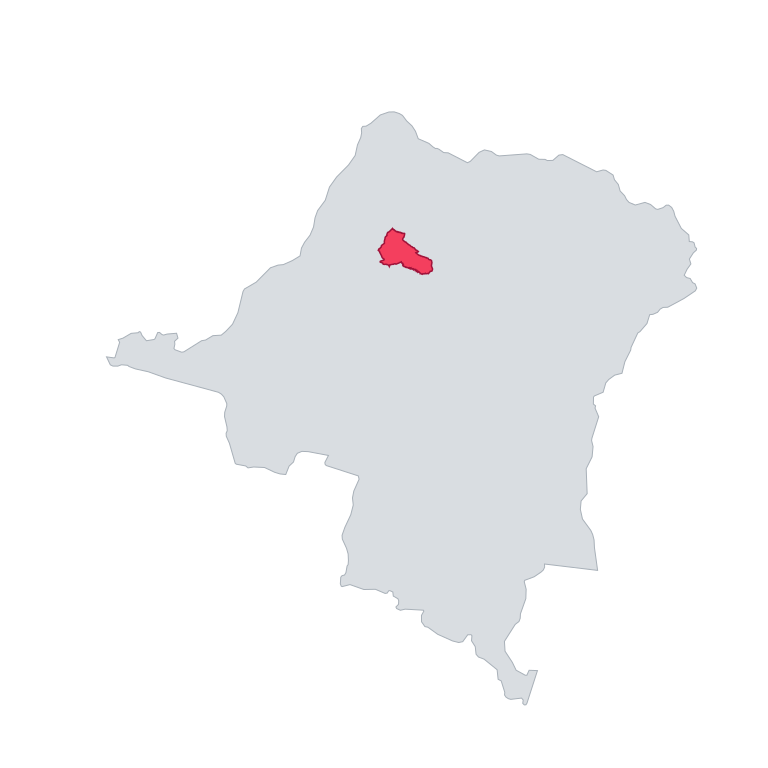 Befale, Équateur, Democratic Republic of the Congo (highlighted), rotated 16°
{"feature_id": "63176286B4133354906354", "entity_name": "Befale", "entity_type": "district", "adm_level": 2, "iso_a3": "COD", "parent_name": "Democratic Republic of the Congo", "parent_adm1": "Équateur", "projection": "orthographic", "projection_center": [21.248, 0.596], "detail": "fine", "context": "in_parent", "style": "filled", "palette": "rose", "viewbox_px": 768, "rotation_deg": 16, "n_neighbors": 0, "source": "geoboundaries", "source_scale": "gbopen_adm2", "svg_char_len": 8860}
<svg xmlns="http://www.w3.org/2000/svg" viewBox="0 0 768 768"><g transform="rotate(16 384 384)"><path d="M640.7,504.3L587.9,512.8L588.9,515.8L588.4,518.9L586.9,521.4L581.5,527.9L573.4,533.9L573.3,535.4L577.2,542.1L579.5,551.2L578.5,567.3L579.5,571.7L579.2,575.1L576.4,578.9L570.7,598.2L574.0,607.5L584.1,616.2L589.9,622.7L600.0,625.0L601.6,624.6L602.4,619.2L610.5,617.2L609.4,651.4L608.8,653.3L607.3,653.8L605.4,652.7L604.9,649.4L602.8,648.0L592.8,652.2L590.3,652.2L587.6,651.4L585.6,649.7L585.1,647.1L578.5,637.1L575.1,636.4L571.5,627.5L556.0,620.9L550.1,620.4L547.0,618.4L544.1,611.3L538.9,606.7L537.9,601.7L536.8,601.0L533.6,602.0L530.7,610.0L527.1,611.9L520.7,612.1L504.6,609.8L493.2,605.7L490.2,605.9L485.6,602.2L483.8,596.1L484.9,591.3L484.1,590.6L466.4,594.6L462.1,597.0L458.1,596.4L456.9,595.1L458.7,591.8L457.9,588.3L456.6,586.6L451.4,585.3L449.8,581.5L446.6,581.0L445.5,581.5L444.7,584.1L442.8,585.0L432.3,583.7L421.3,587.1L406.6,586.2L399.6,590.3L398.6,590.1L397.1,588.1L395.7,581.6L396.5,579.8L398.7,578.5L399.4,575.8L398.7,569.1L399.3,567.5L398.5,563.6L396.4,557.3L393.3,552.3L386.7,544.6L385.4,541.0L385.9,532.5L388.1,518.9L387.8,508.8L385.1,502.2L384.5,495.2L386.3,482.4L384.6,479.4L350.9,478.3L349.4,477.3L348.8,475.6L350.3,468.0L329.8,469.9L323.6,471.4L319.8,474.5L318.6,478.3L318.5,483.9L315.4,489.1L314.5,498.1L308.9,499.1L303.2,499.0L292.2,497.2L281.6,499.7L276.4,502.1L273.6,500.9L264.1,501.8L262.8,501.2L251.7,483.5L246.8,477.7L245.8,474.8L246.2,472.1L244.8,468.4L239.7,459.3L238.7,455.1L238.9,448.5L238.3,446.2L233.6,440.5L230.6,438.6L227.2,437.6L172.3,438.4L154.1,437.2L140.9,438.0L134.2,437.5L132.4,436.7L126.3,437.9L123.2,440.2L118.5,441.5L115.6,441.0L109.8,434.4L117.5,433.3L118.1,432.6L118.4,416.8L116.3,414.6L120.4,411.9L127.0,405.0L133.5,402.5L134.3,401.1L135.7,401.2L138.1,404.1L143.7,407.9L150.7,404.6L151.4,403.6L152.3,396.9L154.0,396.3L157.0,397.7L158.7,397.7L161.7,395.8L170.6,392.4L173.3,396.7L170.9,400.7L172.0,403.4L172.3,407.8L173.7,408.7L180.8,409.2L182.8,408.2L196.7,392.7L200.4,390.9L206.2,384.7L214.1,381.9L217.4,377.0L221.9,368.3L223.9,355.8L223.0,334.0L223.7,331.1L233.1,321.3L242.8,303.6L249.4,298.9L254.3,297.0L262.0,290.5L268.0,284.0L267.2,276.1L268.6,269.6L271.9,261.3L273.0,252.5L271.9,243.2L272.4,235.6L276.9,223.6L277.3,209.7L281.4,198.1L289.5,183.3L293.3,172.3L292.6,161.5L293.7,153.5L293.3,148.8L291.8,144.7L292.6,142.2L295.7,141.1L299.5,137.0L306.3,126.4L313.7,121.2L318.8,119.6L324.2,119.8L327.7,120.7L333.3,124.9L339.8,128.2L344.6,132.4L349.3,138.8L360.8,140.3L365.7,142.6L368.7,143.5L369.9,142.9L372.2,143.2L377.6,145.1L382.0,144.1L403.2,148.3L405.6,146.2L411.6,135.1L416.0,131.3L423.2,130.9L428.9,133.0L431.9,133.0L457.9,123.4L461.3,123.0L470.8,125.3L476.9,123.7L479.4,124.2L484.7,122.5L489.0,115.8L492.6,114.2L529.9,121.4L535.6,117.9L538.3,117.5L546.6,120.0L549.2,124.1L554.2,127.6L557.8,133.4L563.4,136.7L566.2,139.8L569.5,141.9L576.2,142.7L584.8,137.5L590.8,138.0L596.9,140.8L599.0,140.7L603.6,137.6L606.0,134.3L608.3,133.6L611.9,135.0L614.9,138.1L617.5,142.5L626.9,152.5L635.9,156.7L638.2,162.9L641.4,162.3L643.1,162.8L645.4,166.7L647.1,167.5L647.4,169.1L645.2,172.7L643.1,179.7L645.9,184.0L643.7,190.2L642.6,196.7L645.5,198.3L649.2,198.2L652.7,201.5L655.4,202.0L658.2,205.6L657.6,208.6L648.8,219.1L635.6,232.0L631.1,233.5L628.8,235.9L627.2,239.7L623.3,242.9L620.3,244.1L620.1,253.4L615.6,263.1L613.9,265.0L611.4,280.7L611.8,283.4L609.4,296.2L609.8,308.1L603.3,311.9L598.8,317.7L596.9,321.8L596.9,331.5L589.5,337.5L589.0,338.8L590.8,345.6L593.4,346.7L593.5,349.0L599.4,356.3L598.8,378.9L599.1,381.1L602.2,386.5L604.1,396.7L601.7,409.7L609.5,433.4L605.7,442.1L607.3,450.4L612.0,459.1L623.1,467.7L626.1,471.2L628.9,476.0L631.4,483.3L640.7,504.3Z" fill="#d9dde1" stroke="#a8b0b8" stroke-width="1"/><path d="M341.7,257.2L343.0,257.7L343.3,258.0L343.5,258.5L343.9,258.9L344.0,259.1L344.5,259.5L345.6,260.8L346.1,261.1L346.7,262.2L347.5,263.0L348.1,263.4L348.5,263.6L349.0,263.6L349.4,263.9L349.7,264.0L349.8,264.1L349.8,264.3L349.8,264.6L349.6,265.0L349.4,265.2L348.7,265.6L346.9,266.8L346.6,267.1L346.6,267.5L346.8,267.9L348.4,268.0L349.4,268.1L349.5,268.2L350.1,269.0L351.2,269.0L351.8,268.8L353.0,268.3L353.3,268.4L353.6,268.5L353.9,268.3L354.3,268.3L355.1,268.4L355.8,268.8L356.3,269.0L356.6,269.4L356.6,269.2L356.8,269.1L356.9,268.8L356.8,268.5L356.7,268.5L356.6,268.1L356.7,267.9L358.6,266.9L359.5,266.5L359.9,266.4L360.2,266.3L360.6,265.7L360.8,265.6L361.0,265.5L361.3,265.5L361.4,265.4L361.6,265.3L361.8,265.4L362.5,265.5L365.2,263.4L365.9,262.6L366.2,262.5L366.5,262.2L366.8,262.0L366.9,261.9L367.0,262.2L367.1,262.5L367.6,262.8L368.1,262.8L368.3,262.6L368.5,262.6L368.3,262.7L368.3,262.8L368.6,262.9L368.8,262.9L368.8,263.2L368.8,263.3L368.6,263.3L368.7,263.5L369.0,263.6L369.1,263.8L369.5,263.8L369.4,264.1L369.7,264.3L369.8,264.5L369.7,264.6L369.5,265.0L369.8,265.2L370.2,264.9L370.5,265.2L370.5,265.4L370.7,265.5L370.9,265.6L371.3,265.5L371.6,265.6L371.9,265.6L372.2,265.6L372.4,265.5L372.5,265.5L372.6,265.8L372.8,265.9L373.0,265.9L373.0,265.7L373.2,265.8L373.4,265.8L373.5,265.6L374.0,265.6L374.3,265.6L374.8,265.7L375.1,265.6L375.4,265.8L375.5,265.7L375.8,265.8L376.0,265.6L376.3,265.7L376.2,265.5L376.1,265.2L376.3,265.1L376.6,265.4L376.9,265.6L377.1,265.4L377.1,265.2L377.3,265.1L377.2,265.3L377.3,265.4L377.5,265.3L377.6,265.5L377.5,265.8L377.7,265.6L377.8,265.6L378.0,265.8L378.0,266.0L378.4,265.8L378.9,265.7L379.0,265.5L379.1,265.4L379.4,265.5L379.6,265.4L379.6,265.5L379.8,265.4L380.0,265.6L380.1,265.4L380.3,265.3L380.6,265.2L380.7,265.3L380.6,265.5L380.9,265.6L381.4,265.4L381.5,265.5L381.4,265.9L381.4,266.0L381.7,265.8L381.9,265.8L382.0,265.6L382.3,265.7L382.6,265.4L382.8,265.6L383.0,265.3L383.2,265.5L383.2,265.8L383.3,265.7L383.5,265.8L383.7,265.7L383.8,265.7L383.9,266.1L383.9,266.3L384.0,266.5L384.2,266.1L384.4,266.0L384.6,265.6L384.9,265.5L384.7,265.7L384.6,265.8L384.5,266.3L384.4,266.5L384.6,266.5L384.9,266.8L385.1,266.7L385.2,266.8L385.2,266.7L385.4,266.7L385.5,266.5L385.8,266.7L385.9,266.4L386.1,266.5L386.3,266.7L386.5,266.6L386.6,266.8L386.8,266.7L387.0,266.8L387.4,267.1L387.7,267.2L387.9,267.3L388.5,267.5L388.5,267.8L388.7,267.7L388.8,267.8L389.0,267.8L389.3,267.8L389.6,268.0L390.0,267.9L390.4,267.8L390.5,267.7L390.6,267.8L390.8,267.5L390.9,267.4L391.0,267.5L391.2,267.3L391.5,267.3L391.7,267.1L391.9,267.1L392.1,267.1L392.3,267.0L392.6,266.9L392.7,266.6L393.1,266.4L393.3,266.4L393.4,266.2L393.6,266.3L393.8,266.5L394.1,266.4L394.4,266.3L394.7,266.2L394.8,266.1L395.0,266.0L395.3,265.8L395.6,265.7L396.2,265.8L396.5,265.2L396.6,264.8L396.8,264.6L397.1,264.0L397.3,263.0L397.4,262.9L398.0,262.7L398.9,262.3L399.1,260.8L398.9,259.9L397.6,258.2L397.1,257.5L397.0,257.2L396.6,254.1L396.5,253.8L396.0,253.0L395.7,252.3L394.8,251.9L394.4,251.8L394.0,251.9L393.6,252.0L393.2,252.0L392.5,251.8L392.0,251.3L391.7,251.0L390.2,251.0L390.0,250.9L389.9,251.1L389.6,251.0L389.3,251.0L388.8,250.9L388.5,250.9L388.3,250.8L387.8,250.8L387.0,250.7L386.5,250.9L386.2,250.9L385.8,250.8L385.7,250.9L385.4,250.8L385.2,250.7L384.9,250.7L384.6,250.7L384.1,250.7L383.7,250.9L383.0,250.4L382.1,250.6L381.7,250.5L379.2,249.4L378.9,249.3L378.6,249.2L378.4,249.0L378.7,248.8L379.5,248.3L379.7,248.1L380.2,247.8L380.4,247.5L380.5,247.1L379.6,247.0L378.9,246.5L378.6,246.4L377.5,246.4L376.9,246.0L376.7,245.7L375.9,245.1L375.4,244.8L375.1,244.8L374.0,244.9L373.8,244.8L373.4,244.4L372.0,244.3L370.8,243.5L370.2,243.4L368.8,243.2L368.2,242.6L367.1,242.3L366.7,242.1L365.9,241.5L365.4,241.7L363.4,240.9L362.7,240.5L362.2,240.2L362.0,239.7L362.0,239.1L362.1,238.6L362.3,238.1L362.7,237.3L362.5,236.8L362.7,236.2L362.5,233.9L362.2,233.6L361.8,233.8L361.6,233.8L361.4,233.8L361.1,233.9L360.8,233.9L360.7,234.1L360.3,234.1L360.2,234.0L359.9,233.9L359.5,234.2L359.4,234.1L359.1,233.9L359.0,234.0L358.9,234.0L358.8,233.9L358.7,233.8L358.3,233.9L357.8,233.7L357.6,233.9L357.4,233.9L357.2,233.9L357.1,234.0L356.8,234.1L356.6,234.1L356.4,234.0L356.5,234.0L356.4,233.9L356.3,234.0L356.1,233.9L355.8,234.2L355.6,234.0L355.4,234.2L355.1,234.0L354.9,233.8L354.7,233.8L354.4,233.8L354.2,233.9L353.9,233.9L353.8,234.1L353.6,233.9L353.2,233.9L352.8,233.8L352.4,233.5L352.2,233.6L351.9,233.3L351.7,233.2L351.4,233.0L351.2,233.2L350.9,233.1L350.7,233.0L350.5,232.9L350.1,232.9L350.1,232.6L349.9,232.6L349.7,232.5L349.3,232.5L349.2,232.3L347.7,235.0L347.2,235.9L346.9,236.2L346.7,236.5L346.4,236.9L346.1,237.0L345.8,237.3L345.7,237.9L345.6,238.1L345.6,238.7L345.6,240.1L345.9,240.3L345.8,240.7L345.7,240.8L345.6,241.0L345.1,241.7L344.8,242.2L344.8,242.8L344.7,243.2L344.9,243.9L344.9,245.8L345.0,246.9L345.3,247.5L345.3,247.8L345.6,248.6L345.5,248.8L343.5,251.4L343.4,251.6L343.4,252.1L343.6,252.6L343.5,253.2L343.3,253.6L343.0,253.8L342.9,254.0L342.8,254.7L342.4,255.3L342.1,255.4L341.8,255.7L341.9,255.9L341.7,256.2L341.8,256.6L341.7,257.2Z" fill="#f43f5e" stroke="#9f1239" stroke-width="1.5"/></g></svg>